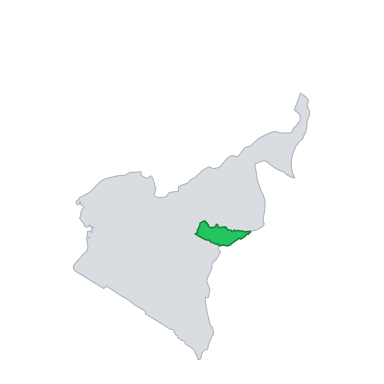 location of Mbere, Adamaoua, Cameroon, rotated 31°
{"feature_id": "32672807B16068661668461", "entity_name": "Mbere", "entity_type": "district", "adm_level": 2, "iso_a3": "CMR", "parent_name": "Cameroon", "parent_adm1": "Adamaoua", "projection": "albers", "projection_center": [14.525, 6.605], "detail": "fine", "context": "in_parent", "style": "filled", "palette": "green", "viewbox_px": 384, "rotation_deg": 31, "n_neighbors": 0, "source": "geoboundaries", "source_scale": "gbopen_adm2", "svg_char_len": 6041}
<svg xmlns="http://www.w3.org/2000/svg" viewBox="0 0 384 384"><g transform="rotate(31 192 192)"><path d="M98.3,255.8L99.1,253.9L104.5,244.9L108.0,230.6L109.5,227.2L111.1,225.0L118.9,217.4L121.7,215.0L125.9,212.2L128.9,206.6L129.9,206.0L131.3,205.6L137.9,200.9L138.5,201.8L138.9,202.9L139.4,203.5L141.5,203.9L144.5,203.9L146.2,203.5L147.1,202.6L148.0,199.9L148.6,199.4L149.2,199.3L152.5,201.2L157.7,206.5L159.1,207.4L159.6,208.4L160.8,213.2L161.4,214.4L162.5,214.8L164.6,214.5L166.8,213.7L168.7,212.5L170.5,211.0L171.8,209.5L172.4,208.5L172.7,204.6L173.1,203.8L180.0,198.2L179.8,197.7L178.7,196.1L177.7,194.3L178.8,192.6L179.8,191.2L183.9,186.5L184.1,183.1L187.3,177.8L189.2,170.8L189.2,169.5L193.4,161.8L197.8,161.1L199.5,160.0L201.5,158.1L202.7,156.3L203.3,154.6L203.8,151.3L204.5,147.6L205.0,144.3L206.4,141.3L208.5,139.8L212.4,138.5L212.9,137.9L213.5,135.9L214.0,129.3L214.7,126.3L218.2,123.0L219.8,117.8L221.2,112.3L225.2,105.7L229.9,99.2L232.0,97.4L233.9,96.6L236.0,96.5L237.4,96.0L242.4,92.7L244.6,91.6L246.1,90.5L246.5,89.5L246.6,88.1L246.1,84.7L247.0,82.2L247.5,78.3L247.7,75.3L247.5,74.3L246.6,72.6L245.1,70.7L242.6,69.6L239.1,69.3L237.3,68.6L236.7,65.1L236.4,63.0L234.1,51.5L238.5,51.6L243.7,52.9L245.0,54.0L245.7,57.9L247.6,60.1L251.0,61.9L253.1,65.7L253.9,71.4L255.7,74.8L256.1,75.3L258.7,81.8L258.9,84.8L258.7,86.8L259.7,89.3L258.1,93.5L257.7,96.1L257.5,99.8L258.5,106.3L260.0,111.3L261.7,115.3L263.5,118.4L266.5,121.9L269.8,125.0L272.8,127.0L270.0,128.2L264.6,128.4L261.5,127.7L260.1,127.7L258.6,128.1L252.8,128.7L247.0,128.4L241.7,127.6L238.4,127.7L235.9,129.7L233.8,132.5L231.9,134.8L232.6,137.4L234.0,138.8L236.8,141.9L239.3,144.9L240.6,146.9L245.5,151.3L250.3,155.2L252.6,156.6L253.4,156.9L256.1,159.1L259.7,162.8L263.0,168.6L267.7,180.2L268.7,181.2L270.3,181.8L270.5,183.0L270.4,184.8L269.9,186.3L266.2,192.4L262.9,194.7L261.9,196.2L260.7,199.7L257.7,206.6L256.5,207.5L253.5,212.2L251.1,218.1L250.5,219.0L249.5,219.8L246.1,221.2L244.9,221.9L243.2,223.8L242.9,225.0L243.8,226.7L244.7,228.0L246.5,228.0L247.5,229.3L247.5,238.4L246.7,239.8L246.7,240.4L246.3,242.0L246.2,243.7L246.4,244.4L247.1,245.0L248.1,246.2L248.6,249.0L249.8,258.9L250.3,260.4L251.3,261.5L254.3,263.6L257.5,266.4L258.5,268.3L259.1,271.2L260.3,273.6L260.3,274.4L259.8,274.7L257.8,274.9L258.5,276.6L260.1,279.5L268.3,288.7L276.1,296.8L278.0,297.4L279.3,297.5L279.9,298.0L280.6,299.2L283.3,302.1L283.7,303.8L283.2,305.5L283.8,308.0L284.2,308.9L284.1,309.7L284.4,312.8L285.1,315.5L286.3,317.8L286.1,319.5L284.6,320.4L283.7,321.9L283.5,324.0L283.9,326.5L285.1,329.5L285.1,331.3L283.3,332.5L281.2,330.4L278.8,329.0L275.4,326.6L271.9,325.8L267.3,325.6L265.4,325.9L262.0,323.9L261.0,323.7L259.5,324.5L258.4,324.5L257.2,324.2L254.6,324.3L254.4,322.9L253.9,322.6L251.1,322.7L250.3,321.5L249.9,321.7L248.8,321.3L246.6,319.7L244.2,320.8L239.4,320.6L214.8,320.5L214.2,319.0L213.0,318.2L210.8,318.1L204.3,318.4L199.3,318.2L195.9,317.5L191.7,317.2L186.6,317.4L181.3,317.4L171.9,316.9L166.7,316.9L166.8,317.9L166.5,318.6L166.2,320.2L132.8,319.9L130.1,318.8L129.3,318.1L129.0,316.7L128.4,316.5L129.0,310.7L130.2,305.9L130.6,301.5L132.2,297.5L131.4,293.5L130.5,291.8L125.5,286.1L127.8,284.0L124.8,284.3L124.2,282.2L122.7,279.7L123.6,279.3L124.5,277.9L127.3,278.3L127.2,277.7L124.8,275.6L125.1,274.5L126.1,273.3L125.6,272.8L123.9,274.0L122.6,274.0L121.7,273.2L121.0,273.0L121.4,274.6L120.4,276.1L119.5,276.6L118.0,276.5L116.7,276.1L116.4,275.3L115.2,274.7L111.9,273.6L109.1,272.3L108.6,268.8L107.5,267.4L107.0,265.7L106.8,263.8L107.2,260.9L106.5,260.4L105.7,260.2L104.5,260.3L103.4,260.2L102.0,258.5L100.9,257.9L101.6,260.9L100.7,261.7L98.7,261.4L97.9,260.3L97.7,259.5L98.7,255.9L98.3,255.8Z" fill="#d9dde1" stroke="#a8b0b8" stroke-width="1"/><path d="M216.5,226.2L218.6,226.3L224.1,226.2L228.3,225.9L230.5,225.0L231.9,224.4L232.4,224.4L233.5,225.2L237.2,224.6L238.6,224.6L239.4,223.9L240.7,224.1L241.5,223.1L242.0,223.0L242.3,223.8L242.8,223.9L243.2,223.8L243.3,223.8L243.5,223.7L243.9,223.6L244.0,223.5L244.0,223.4L244.6,222.9L244.8,222.8L244.9,222.6L245.0,222.4L245.3,222.1L245.4,221.9L245.5,221.8L245.7,221.7L246.2,221.2L246.3,221.2L246.5,221.1L247.7,220.8L248.0,220.7L248.3,220.6L250.1,219.9L250.5,219.7L250.8,219.5L250.9,219.3L251.4,218.5L251.9,217.8L252.0,217.7L252.2,217.4L252.4,217.0L252.2,216.4L252.2,216.1L252.3,215.9L252.4,215.7L252.9,214.7L253.2,214.2L253.4,213.6L253.5,213.4L253.6,213.2L253.7,212.9L254.4,211.5L255.0,210.1L255.2,209.7L255.3,209.5L255.5,209.0L255.7,208.3L255.8,208.3L255.9,208.0L256.1,207.6L256.2,207.4L256.4,207.4L256.8,207.3L257.0,207.3L257.3,207.1L257.7,207.0L257.9,207.1L258.1,207.2L258.5,206.8L258.6,206.5L258.7,206.0L258.7,205.8L259.0,205.4L259.1,205.2L259.3,204.7L259.4,204.4L259.6,204.1L259.7,203.9L259.8,203.4L260.0,203.2L260.2,202.8L260.4,202.7L260.3,202.1L260.5,201.0L260.5,200.8L260.5,200.7L260.7,200.4L260.7,200.2L260.9,200.1L261.0,199.7L261.4,199.4L261.6,199.5L261.8,199.4L261.7,199.3L261.8,199.2L262.0,198.6L262.4,197.8L262.2,197.8L262.2,197.7L262.1,196.9L262.2,196.6L262.5,196.4L262.5,196.1L262.7,195.9L262.3,195.7L262.2,195.7L261.6,196.2L260.9,196.6L260.0,197.2L259.7,197.5L257.1,199.3L255.4,199.4L253.7,200.5L251.5,201.1L251.4,201.1L251.1,201.8L249.8,202.7L248.3,202.7L247.8,203.0L248.1,203.5L247.1,205.0L246.4,205.2L245.9,204.7L245.7,204.7L244.5,205.0L243.8,205.3L243.0,205.8L242.3,206.2L241.5,205.6L240.5,205.4L240.2,205.0L239.2,205.4L238.8,204.7L238.1,204.9L237.7,205.4L236.4,206.3L235.4,207.1L234.0,208.3L233.6,208.7L232.9,208.7L232.3,208.1L231.5,207.3L230.8,207.0L229.7,207.0L229.5,207.5L230.2,209.0L230.1,209.7L230.1,209.8L229.6,210.3L229.1,210.7L228.9,211.3L228.1,211.5L227.9,211.7L226.8,212.9L225.8,213.0L224.8,213.0L223.2,212.5L222.5,211.5L222.1,211.6L221.3,211.5L220.7,210.7L219.7,210.9L219.0,210.9L218.5,210.1L217.6,210.3L217.4,210.6L215.9,212.7L215.0,214.5L215.4,215.9L216.2,217.1L216.0,218.4L216.2,219.1L216.2,219.8L216.4,220.5L216.5,221.5L216.2,222.0L216.8,222.7L217.2,223.3L217.4,223.6L217.5,223.8L217.6,224.3L217.0,224.9L216.9,225.6L216.5,226.2Z" fill="#22c55e" stroke="#15803d" stroke-width="1.5"/></g></svg>